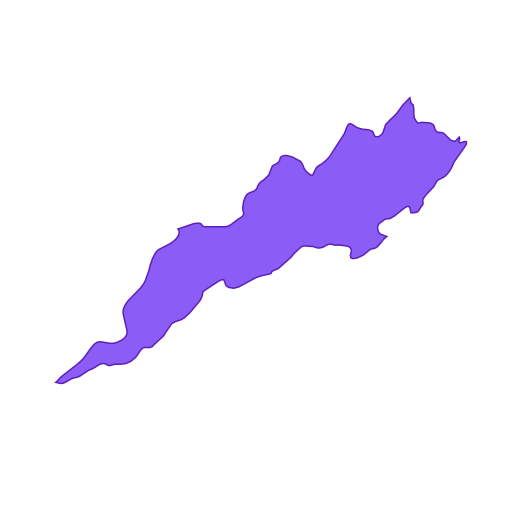 SVG path tracing the border of Sulawesi Barat, rotated 230°
{"feature_id": "IDN-1237", "entity_name": "Sulawesi Barat", "entity_type": "Province", "adm_level": 1, "iso_a3": "IDN", "parent_name": "Indonesia", "parent_adm1": "", "projection": "equal_earth", "projection_center": [119.342, -2.204], "detail": "fine", "context": "isolated", "style": "filled", "palette": "violet", "viewbox_px": 512, "rotation_deg": 230, "n_neighbors": 0, "source": "natural_earth", "source_scale": "10m", "svg_char_len": 3556}
<svg xmlns="http://www.w3.org/2000/svg" viewBox="0 0 512 512"><g transform="rotate(230 256 256)"><path d="M278.3,475.6L277.6,475.1L275.1,474.0L274.0,472.9L270.8,473.6L267.1,471.3L263.3,468.1L260.0,466.0L255.5,465.3L253.7,465.6L253.0,466.6L252.0,468.7L247.1,473.8L245.1,475.4L242.5,476.2L240.3,475.7L238.3,474.7L236.0,474.2L233.8,474.9L230.9,477.9L228.6,478.8L219.4,479.6L215.8,482.2L216.5,488.1L215.0,487.6L213.3,485.1L212.1,484.7L211.1,485.8L209.5,489.7L208.2,490.6L206.6,489.2L205.4,485.9L200.7,468.2L198.0,462.7L196.7,459.2L195.9,455.4L195.6,451.9L196.1,448.7L196.9,445.8L197.2,442.9L194.9,436.8L193.5,425.4L192.7,421.8L192.0,420.2L191.0,419.1L189.5,418.3L188.2,417.0L187.7,414.9L187.4,413.3L186.2,409.9L186.0,407.9L186.4,406.8L188.6,403.4L189.4,402.6L190.4,402.9L193.4,404.6L195.1,405.0L196.7,404.0L197.3,401.5L197.7,387.7L198.6,382.6L201.0,379.3L201.4,376.9L201.6,372.2L201.4,370.0L200.7,368.6L199.7,367.5L198.2,366.4L194.9,365.1L192.2,365.7L186.9,368.7L186.8,364.8L185.4,357.6L185.1,354.0L185.5,352.2L187.3,348.7L187.7,347.0L187.7,339.3L188.3,336.4L189.5,332.4L191.3,329.0L193.4,327.5L195.8,328.6L197.5,331.0L199.5,333.1L202.5,333.5L205.0,332.2L210.6,327.1L213.6,323.4L216.5,321.3L217.8,320.0L218.6,318.3L219.9,312.3L221.9,309.0L224.1,307.3L226.5,305.9L233.2,298.9L233.9,296.8L233.4,286.1L232.5,281.9L232.1,264.9L232.6,263.0L233.5,260.7L233.9,258.3L232.9,256.0L237.7,246.8L239.5,241.8L243.4,222.9L245.7,218.1L249.5,214.9L252.4,214.0L254.5,214.6L256.4,215.5L258.7,216.0L260.0,214.2L260.9,210.0L262.6,195.0L262.6,192.6L262.3,191.7L261.7,191.1L260.4,189.7L258.6,186.6L257.7,183.7L255.1,168.9L254.7,161.6L255.3,157.8L257.7,151.5L258.3,148.1L255.2,136.3L254.3,134.5L253.6,120.4L253.4,119.3L253.3,118.3L253.9,116.3L254.7,115.1L257.6,111.7L258.3,109.9L257.9,106.5L255.7,98.7L255.8,92.0L257.6,86.6L260.4,82.3L263.4,78.8L264.4,77.1L265.4,74.8L266.6,72.8L268.3,71.9L270.5,71.2L272.3,69.3L273.5,66.4L274.4,59.8L276.2,53.5L277.2,43.7L278.2,40.7L279.6,38.3L280.5,36.0L281.8,28.8L282.7,26.0L284.2,24.2L287.9,21.4L287.9,21.9L288.7,29.0L288.0,48.9L288.1,54.6L288.6,58.8L291.6,70.3L292.4,75.7L292.0,78.8L290.7,81.4L282.8,88.2L280.9,90.5L279.3,93.6L277.8,99.3L277.8,103.2L278.8,106.3L280.4,108.2L282.7,109.7L297.5,117.3L299.4,118.9L301.1,121.2L302.5,124.2L303.9,128.9L305.7,146.7L306.7,151.2L308.0,154.8L313.6,164.5L316.9,169.0L320.4,174.8L322.5,179.6L323.4,182.7L323.5,185.5L322.4,190.2L320.5,199.2L320.3,201.7L320.4,205.4L321.0,208.1L322.1,210.7L323.5,212.4L324.6,213.3L326.9,213.5L320.8,229.1L319.3,231.5L317.8,233.4L316.2,234.5L314.7,234.6L313.3,234.3L311.7,235.2L298.0,251.4L296.6,254.4L296.1,257.6L295.7,266.0L295.2,269.2L295.2,271.4L295.6,272.8L296.9,274.1L299.8,275.6L301.4,276.7L305.8,281.7L307.6,284.8L308.5,287.0L309.0,289.0L308.5,291.9L306.9,296.3L306.9,298.2L307.2,300.0L308.5,302.4L309.3,304.5L309.7,307.1L309.3,311.4L309.8,317.9L314.4,326.2L314.2,328.1L313.5,331.4L313.4,333.4L313.8,335.1L314.7,336.5L315.5,337.6L315.9,338.7L315.7,340.1L314.8,342.2L313.3,344.1L308.4,347.5L299.9,351.0L296.8,350.7L291.9,349.1L289.5,348.8L287.1,349.0L283.7,349.7L281.4,351.0L284.7,358.6L285.0,360.6L284.8,362.8L284.2,366.2L284.2,369.9L284.4,373.1L284.9,376.4L293.0,402.5L296.6,408.9L297.4,411.2L297.1,413.0L295.5,414.1L289.8,415.8L287.3,417.2L284.7,419.1L280.4,423.3L278.1,424.7L276.3,425.4L275.1,425.1L273.0,424.3L271.8,424.0L270.5,424.4L269.4,425.4L268.5,427.3L268.3,429.1L268.5,431.2L269.0,432.8L272.2,437.9L273.2,439.6L273.5,440.4L274.1,446.8L274.5,453.2L274.8,455.6L277.3,465.5L278.3,475.5L278.3,475.6Z" fill="#8b5cf6" stroke="#5b21b6" stroke-width="1.5"/></g></svg>